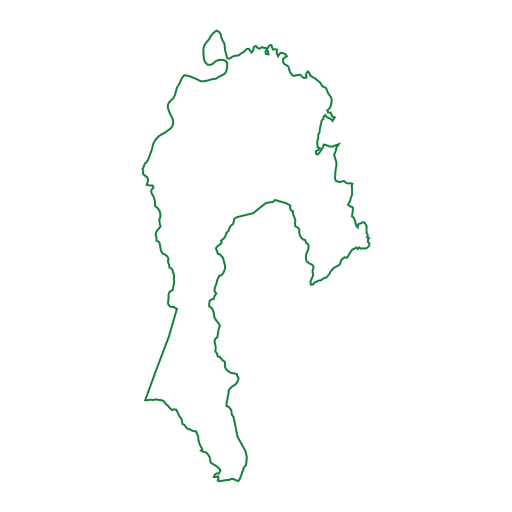 Canoinhas, Santa Catarina, Brazil (Equal Earth projection)
{"feature_id": "56859067B63837267394953", "entity_name": "Canoinhas", "entity_type": "district", "adm_level": 2, "iso_a3": "BRA", "parent_name": "Brazil", "parent_adm1": "Santa Catarina", "projection": "equal_earth", "projection_center": [-50.514, -26.306], "detail": "fine", "context": "isolated", "style": "outline", "palette": "green", "viewbox_px": 512, "rotation_deg": 0, "n_neighbors": 0, "source": "geoboundaries", "source_scale": "gbopen_adm2", "svg_char_len": 6010}
<svg xmlns="http://www.w3.org/2000/svg" viewBox="0 0 512 512"><path d="M142.5,169.0L143.3,170.8L142.9,173.7L144.7,175.5L147.1,177.1L148.1,180.0L147.6,182.4L146.7,184.8L149.9,185.5L152.6,185.5L153.5,187.5L151.6,189.6L151.2,192.0L152.2,194.4L153.3,196.1L154.1,198.0L154.9,200.9L155.1,206.0L157.6,208.1L159.5,210.6L160.4,214.4L160.4,216.7L159.2,220.2L159.8,223.8L160.5,226.5L156.4,231.7L155.6,234.7L156.4,237.1L156.6,240.8L159.0,241.9L159.8,244.1L160.7,249.5L161.4,251.6L163.2,254.0L165.2,254.7L166.9,256.0L168.4,258.2L168.0,261.9L169.2,265.0L169.4,267.5L171.3,268.4L172.6,270.2L172.9,272.3L173.9,274.4L174.0,277.0L173.8,279.5L174.2,282.0L173.7,284.9L172.5,290.2L169.5,291.9L168.5,294.9L168.6,297.7L168.2,300.8L168.1,304.0L169.9,306.3L171.8,307.1L173.7,306.7L175.3,308.2L176.9,308.8L169.0,336.3L156.4,369.5L145.2,400.2L147.7,400.2L150.3,399.6L152.3,400.0L156.9,399.4L158.6,400.0L161.1,400.1L163.3,400.9L166.3,404.4L168.0,405.8L169.5,407.8L172.2,410.1L174.2,409.2L176.4,410.0L177.9,412.9L179.5,416.5L181.1,418.2L181.9,420.8L182.5,424.1L184.7,425.0L185.6,426.8L187.6,428.8L190.3,429.5L192.1,430.6L194.1,431.2L196.3,431.5L197.1,434.3L198.2,436.5L198.4,439.9L200.0,445.1L201.4,447.5L202.3,449.3L200.9,450.6L202.9,451.6L206.0,452.5L208.0,454.4L209.6,457.0L210.7,462.7L216.0,465.9L217.9,467.2L220.5,470.4L219.0,473.4L217.0,473.4L215.1,474.3L213.8,477.0L216.0,477.1L218.0,476.3L218.6,478.4L217.7,480.4L219.2,481.3L226.8,480.0L229.5,479.9L231.4,478.8L233.9,479.1L236.2,480.5L238.4,481.0L240.2,478.2L240.8,475.8L241.8,474.0L242.2,471.9L243.2,470.2L243.9,467.3L245.8,465.4L246.4,462.2L246.8,456.9L245.4,451.0L237.5,436.7L233.6,417.0L231.9,414.9L231.2,409.9L228.6,406.8L226.5,406.1L226.6,402.6L227.6,398.5L227.8,395.8L228.5,393.6L228.8,390.1L230.8,387.6L236.1,383.8L237.8,380.9L238.6,378.1L237.3,376.2L236.8,374.1L234.3,373.4L231.5,373.0L229.3,372.0L227.4,370.5L225.8,368.8L224.8,366.6L225.1,364.4L224.8,361.8L222.0,359.8L220.0,357.1L217.7,356.4L217.0,353.6L215.3,351.2L215.8,347.6L214.5,341.4L215.3,338.8L217.2,337.4L217.8,334.9L218.3,331.0L219.1,327.5L219.9,325.6L218.5,323.2L216.4,320.7L214.4,317.4L214.2,315.1L213.6,312.0L212.5,309.4L211.3,307.7L209.2,306.4L209.2,303.3L209.9,300.6L211.3,299.6L213.9,298.8L214.4,296.2L216.3,293.6L214.5,291.0L214.8,287.4L216.4,284.0L217.1,280.4L219.4,275.6L221.4,275.4L223.3,273.0L224.5,270.3L225.1,267.7L225.0,265.3L224.1,262.3L223.4,259.3L222.6,257.1L221.1,255.9L219.9,254.3L218.0,254.0L215.9,248.2L217.6,246.1L221.5,243.2L221.0,240.7L223.6,238.7L225.2,236.6L226.4,233.1L228.8,230.4L229.7,227.3L231.4,225.3L232.9,224.0L233.7,222.1L234.2,218.9L237.1,217.1L253.1,213.2L264.7,204.0L266.4,202.9L272.9,201.9L275.0,200.0L286.4,203.3L290.4,205.6L290.0,207.7L290.9,210.3L292.9,211.1L292.9,213.8L294.3,217.1L295.4,220.7L294.8,223.7L295.5,226.5L297.5,227.4L299.2,229.2L299.3,233.3L300.3,236.2L301.5,238.1L303.2,239.5L305.3,240.1L306.1,243.0L307.9,243.9L308.7,246.4L308.3,249.4L307.2,251.6L306.1,254.5L305.9,258.3L306.6,261.4L309.3,263.4L312.0,264.6L313.7,267.0L312.6,270.3L312.7,272.7L313.2,274.9L312.4,277.2L311.0,280.0L310.5,282.1L310.8,284.6L312.9,284.6L314.4,282.6L319.0,280.5L321.0,280.3L323.0,278.7L324.8,277.9L326.4,277.5L329.6,273.7L330.5,271.7L332.9,268.8L334.5,267.5L338.4,265.5L339.8,264.4L341.4,259.8L344.6,257.3L346.8,257.8L348.4,255.6L350.1,252.6L352.3,249.6L354.6,248.6L356.4,247.5L357.9,249.1L359.3,247.5L361.0,248.7L362.7,248.3L365.3,248.6L367.5,247.6L369.1,245.8L369.5,243.3L368.0,242.1L367.9,239.7L369.1,238.1L367.0,237.3L367.9,235.3L366.5,232.8L366.6,226.1L365.7,224.4L364.3,222.5L362.7,222.2L361.3,223.2L359.6,223.6L358.1,224.5L357.7,227.4L355.9,225.2L355.0,220.7L353.8,217.8L352.0,216.4L352.8,210.6L352.8,207.3L350.2,206.4L348.0,204.8L349.5,202.1L352.1,194.4L352.0,188.0L351.7,185.8L352.4,183.9L350.1,183.2L347.9,183.5L345.7,182.6L344.3,181.1L342.5,181.1L340.5,182.1L338.3,181.8L335.8,180.7L334.9,178.1L335.3,175.2L335.3,172.6L335.8,168.3L336.4,165.8L336.4,162.5L334.1,154.7L335.8,150.9L336.5,147.3L338.7,144.2L335.2,145.4L332.9,146.6L330.6,146.6L328.4,146.1L325.9,145.0L323.6,144.6L323.1,147.3L321.6,149.2L319.9,152.1L317.9,154.5L316.3,154.1L315.8,151.2L318.2,150.1L319.7,148.2L317.5,147.0L317.2,141.3L318.2,138.7L318.2,135.1L319.5,132.2L319.8,129.2L321.7,120.5L323.4,118.9L323.6,116.8L325.2,115.1L326.9,117.2L331.0,119.1L332.5,120.9L334.7,117.4L332.2,116.4L330.6,112.5L328.1,112.5L327.2,110.4L329.0,109.0L330.3,107.1L331.0,105.1L331.8,99.9L330.9,97.2L328.4,93.6L327.3,91.4L326.2,88.4L324.3,87.0L322.5,86.4L320.0,82.4L314.6,78.1L312.2,76.9L310.2,75.3L309.1,72.5L307.7,71.5L306.0,74.4L306.4,77.6L303.8,77.9L301.9,76.6L300.5,74.8L297.8,75.0L293.8,75.9L292.3,75.3L289.8,71.7L288.3,66.5L286.7,65.3L284.8,64.4L283.2,62.3L283.1,59.0L285.0,57.3L286.9,56.3L285.3,54.1L282.9,53.2L280.5,52.8L279.2,54.4L278.1,56.2L276.7,53.2L277.0,49.6L274.6,49.2L272.9,49.5L272.1,47.5L271.5,45.1L269.5,45.4L266.8,49.5L265.7,47.9L264.1,47.9L262.0,47.1L259.6,48.7L257.5,47.8L255.9,46.0L253.8,47.0L253.1,50.5L251.6,52.6L248.8,48.9L246.9,48.9L245.6,50.0L244.3,51.5L240.3,54.0L238.7,55.4L234.4,55.9L232.4,56.7L230.3,58.3L228.7,58.7L227.2,58.0L225.4,51.5L224.9,48.9L224.6,44.9L224.0,42.8L222.5,40.4L221.3,37.4L220.7,34.3L219.2,32.0L216.4,30.7L213.9,32.5L211.9,34.6L210.8,36.1L208.8,39.6L205.4,43.6L204.1,46.2L203.3,49.2L203.7,56.8L204.1,59.6L205.1,62.2L207.2,64.5L208.9,64.8L210.5,64.8L212.5,64.0L215.6,61.3L218.0,60.2L220.4,59.8L223.3,60.0L225.8,60.9L227.3,63.2L227.2,66.1L226.5,70.5L225.4,73.0L223.1,74.7L219.1,76.7L215.9,78.7L211.7,79.3L208.0,80.4L204.1,81.2L201.9,81.4L200.0,80.9L197.5,79.5L191.3,76.9L188.7,76.0L186.1,75.4L184.2,75.3L182.0,77.9L179.1,84.2L176.9,87.8L174.8,95.4L172.9,98.7L171.2,100.1L169.4,102.0L168.1,104.4L167.8,106.6L168.3,109.4L170.0,113.5L172.2,117.9L172.9,119.9L173.3,123.4L172.0,127.0L170.3,128.7L164.6,132.9L162.3,133.9L158.4,136.5L156.1,139.1L154.7,141.1L153.7,142.8L152.9,145.2L151.9,149.5L148.3,159.2L146.8,161.9L144.8,163.6L143.7,166.8L142.5,169.0ZM266.8,49.5L268.1,51.6L268.5,54.3L265.9,54.0L265.4,51.7L266.8,49.5Z" fill="none" stroke="#15803d" stroke-width="2"/></svg>